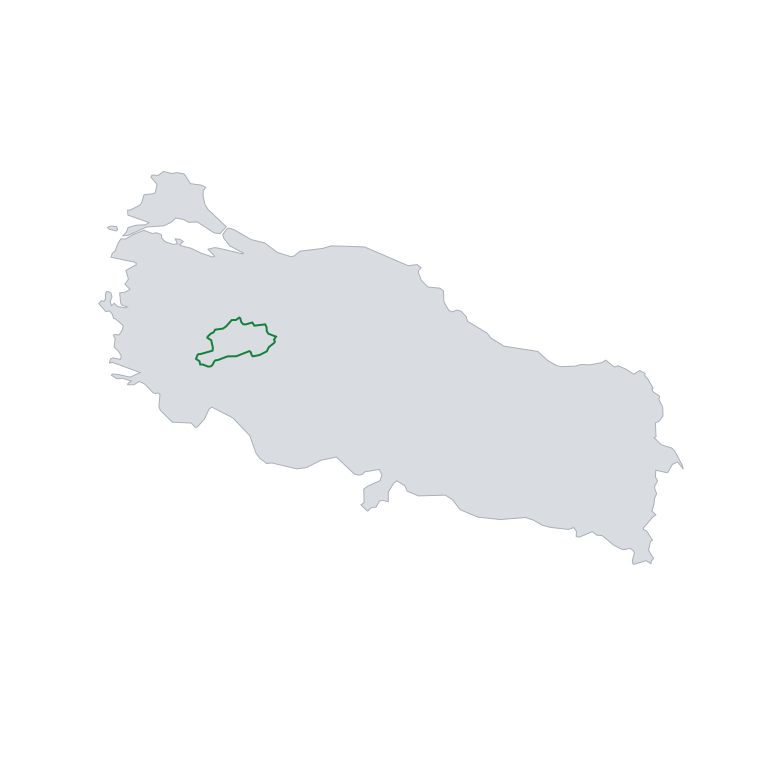 Turkey, with Afyonkarahisar highlighted, rotated 21°
{"feature_id": "TUR-2272", "entity_name": "Afyonkarahisar", "entity_type": "Province", "adm_level": 1, "iso_a3": "TUR", "parent_name": "Turkey", "parent_adm1": "", "projection": "robinson", "projection_center": [30.622, 38.521], "detail": "coarse", "context": "in_parent", "style": "outline", "palette": "green", "viewbox_px": 768, "rotation_deg": 21, "n_neighbors": 0, "source": "natural_earth", "source_scale": "10m", "svg_char_len": 4390}
<svg xmlns="http://www.w3.org/2000/svg" viewBox="0 0 768 768"><g transform="rotate(21 384 384)"><path d="M582.5,282.3L592.8,285.6L596.0,283.1L605.3,283.5L613.6,285.4L617.8,279.9L623.7,280.5L625.0,283.3L627.8,284.3L636.7,291.4L635.8,292.3L638.0,294.9L645.5,296.6L646.4,300.2L652.4,305.6L655.9,313.8L654.4,319.6L651.4,323.2L656.8,335.7L655.4,337.3L664.6,341.4L675.9,340.7L679.6,342.5L691.0,352.4L693.9,356.2L686.2,351.5L682.1,355.6L680.5,365.3L668.6,367.1L670.7,373.5L674.1,376.4L673.3,382.4L674.3,384.8L677.8,388.7L677.6,394.1L679.2,399.8L679.6,406.6L684.7,408.7L682.6,411.9L677.7,425.7L678.2,426.8L681.9,427.1L690.6,433.6L689.2,435.7L690.6,444.5L698.2,450.3L697.1,453.2L697.5,456.2L692.2,454.9L681.9,462.8L680.7,462.6L679.1,459.8L678.4,451.9L675.7,449.9L672.4,449.4L666.7,453.0L661.4,452.8L656.1,452.1L641.9,447.3L636.9,448.9L631.5,447.1L621.4,456.8L618.2,457.6L616.5,452.7L612.7,450.0L608.2,453.7L590.4,458.3L582.2,459.1L572.0,457.5L563.7,458.0L541.3,468.8L519.7,474.6L500.2,474.1L489.3,467.4L481.0,465.8L456.3,476.1L444.0,475.7L439.8,471.5L430.4,469.8L428.5,473.8L426.7,483.5L430.2,492.4L424.9,493.0L421.6,494.9L420.8,501.6L416.1,504.3L414.5,508.4L413.7,508.5L405.8,505.1L407.9,501.8L402.8,489.4L405.1,485.6L415.0,475.5L414.6,469.6L410.2,465.5L397.5,472.9L396.4,475.7L393.5,478.0L388.8,478.8L365.8,469.2L352.6,477.7L341.3,490.0L332.8,494.5L307.5,497.9L303.0,500.3L294.3,497.7L289.2,494.4L277.3,480.4L255.1,469.8L231.7,467.3L229.7,470.0L228.9,480.8L225.2,491.0L223.2,492.1L218.1,489.5L200.1,495.5L184.7,488.8L182.0,485.9L178.6,474.1L176.4,473.2L173.9,474.9L171.3,474.8L160.3,469.7L154.4,469.4L150.8,474.4L144.9,476.5L144.8,475.0L147.1,471.8L137.8,472.4L132.9,474.9L126.3,473.4L126.7,472.0L132.2,470.4L144.5,468.6L152.4,460.7L123.0,461.1L120.1,462.8L119.7,458.7L121.4,456.8L129.2,455.4L128.7,452.0L124.0,448.3L118.9,446.4L116.6,437.8L114.0,435.7L114.4,434.5L119.2,433.0L120.3,426.7L119.6,422.9L110.2,419.5L108.0,419.8L105.7,416.5L101.7,414.1L98.3,416.1L88.8,411.0L90.6,407.3L93.0,407.4L93.5,404.5L91.7,399.6L91.9,397.1L94.0,396.5L96.4,396.9L98.7,399.8L98.9,405.3L101.5,408.6L103.2,405.3L107.6,407.2L115.4,405.5L116.9,404.0L111.2,404.2L109.2,402.8L104.6,393.7L109.4,391.1L112.9,386.7L106.4,383.7L107.8,377.6L102.3,370.5L109.9,361.5L109.5,360.2L107.2,359.7L83.8,363.5L83.5,359.5L85.3,356.0L85.3,347.4L86.4,342.7L90.7,341.3L96.1,334.5L104.8,326.5L113.7,326.6L117.3,324.4L122.6,324.3L124.1,327.4L128.7,329.6L136.9,329.3L140.9,327.2L137.1,323.3L141.8,322.0L145.5,322.9L143.5,327.2L144.6,327.7L155.2,326.4L166.3,327.4L178.5,326.9L180.1,325.5L171.4,321.2L177.0,317.4L180.1,316.6L205.8,313.1L205.9,312.2L190.2,310.3L182.1,305.2L179.9,302.4L181.6,295.7L183.3,294.0L188.9,293.7L208.2,296.8L222.0,295.0L237.1,299.4L251.5,298.5L254.4,296.5L258.0,290.1L278.2,279.4L285.3,273.9L316.7,263.0L364.0,264.9L372.1,260.7L376.9,262.1L375.7,264.9L376.0,267.5L381.8,273.9L390.3,277.7L401.9,274.5L406.1,275.8L410.5,285.9L418.0,291.9L421.4,292.4L425.7,288.8L429.9,288.4L436.9,291.9L439.4,295.5L462.2,299.6L467.0,302.7L482.3,305.7L515.9,298.5L528.5,303.4L538.9,305.0L543.3,304.3L556.7,298.5L560.9,295.2L569.3,292.4L579.6,286.0L582.5,282.3ZM147.0,264.4L146.1,268.9L148.0,273.9L152.7,280.8L157.5,284.3L180.4,293.7L177.0,302.4L171.3,303.8L151.7,299.6L143.6,303.1L137.9,302.2L129.9,303.8L127.5,309.1L121.9,315.1L106.0,322.6L91.3,337.4L87.1,339.3L89.1,334.3L89.0,329.8L95.4,324.7L104.3,320.8L106.7,317.5L84.4,318.1L82.3,313.6L84.6,312.6L92.0,304.5L92.8,301.3L92.2,293.3L101.1,288.7L101.8,286.9L100.6,279.0L92.3,274.4L92.5,272.2L98.5,270.1L101.9,264.6L110.6,263.5L114.8,260.9L122.3,259.5L131.5,266.3L142.7,263.7L147.0,264.4ZM79.6,336.9L72.1,338.1L69.8,336.9L72.2,334.5L78.0,332.9L79.9,335.3L79.6,336.9Z" fill="#d9dde1" stroke="#a8b0b8" stroke-width="1"/><path d="M206.9,393.8L213.8,390.0L216.0,386.7L218.9,378.9L222.8,377.3L225.1,373.9L226.3,374.2L228.4,377.2L231.0,378.7L233.6,377.9L239.0,373.8L242.1,376.0L251.7,370.9L254.1,373.2L255.7,376.8L258.1,378.5L266.2,378.5L265.4,382.1L267.0,383.5L266.7,385.0L263.3,390.8L262.9,395.5L257.5,401.5L251.7,405.2L250.2,404.5L248.1,402.0L246.6,401.5L236.2,411.0L228.0,414.3L220.4,421.1L218.2,422.3L217.5,423.5L217.0,427.7L216.0,429.6L213.6,430.8L208.1,430.7L205.4,431.6L203.6,428.9L199.5,427.9L199.5,423.8L200.0,422.7L202.1,421.7L211.9,414.4L211.4,411.7L207.0,405.1L202.5,404.1L202.4,403.0L204.3,398.9L206.3,397.0L206.9,393.8Z" fill="none" stroke="#15803d" stroke-width="2"/></g></svg>